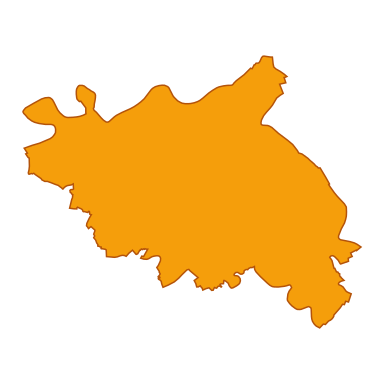 Quynh Phu, Thái Bình, Vietnam
{"feature_id": "81297802B64676269296055", "entity_name": "Quynh Phu", "entity_type": "district", "adm_level": 2, "iso_a3": "VNM", "parent_name": "Vietnam", "parent_adm1": "Thái Bình", "projection": "mercator", "projection_center": [106.356, 20.648], "detail": "fine", "context": "isolated", "style": "filled", "palette": "amber", "viewbox_px": 384, "rotation_deg": 0, "n_neighbors": 0, "source": "geoboundaries", "source_scale": "gbopen_adm2", "svg_char_len": 5907}
<svg xmlns="http://www.w3.org/2000/svg" viewBox="0 0 384 384"><path d="M319.7,327.9L323.2,324.2L323.7,324.1L325.4,324.5L328.5,321.1L330.5,320.1L331.8,319.1L332.8,317.9L333.7,316.5L333.9,315.0L340.2,307.8L342.5,304.3L344.4,304.6L345.6,301.3L348.5,302.0L351.2,293.8L348.0,292.4L346.9,291.8L346.0,291.1L343.1,287.0L341.0,285.6L339.0,284.8L338.6,284.4L338.5,283.4L339.4,282.2L341.5,281.1L344.0,280.4L341.4,277.9L340.9,277.1L340.1,276.6L339.5,274.9L339.8,274.0L338.6,273.2L337.8,272.0L336.5,271.9L334.8,268.3L334.0,268.3L332.0,260.6L330.8,258.7L329.7,257.5L329.7,257.3L330.1,256.7L331.1,255.9L332.6,255.7L333.6,256.0L335.1,257.1L338.2,260.3L340.2,263.7L340.7,264.0L341.2,263.8L348.5,261.3L348.2,258.6L348.3,258.2L352.2,256.5L350.6,253.0L356.3,250.1L356.6,250.6L361.0,247.0L357.1,244.3L354.3,242.9L349.9,241.6L340.7,239.8L339.6,239.2L338.9,238.4L338.5,237.5L338.6,235.7L341.3,228.9L344.5,223.0L345.6,219.5L346.3,216.3L346.4,214.7L346.5,211.9L346.3,207.0L344.4,203.9L337.2,196.2L334.3,192.7L329.9,186.5L328.7,184.6L329.5,184.0L325.8,177.4L320.1,167.9L318.3,168.0L317.4,166.9L315.7,165.8L314.2,164.0L310.0,160.4L307.9,158.3L302.0,154.0L298.7,153.0L297.4,150.6L292.7,144.5L287.4,140.1L278.5,133.4L271.9,127.5L269.4,126.1L267.7,125.5L262.7,125.2L261.6,124.7L261.1,124.1L261.0,122.4L261.5,120.0L263.7,115.6L266.6,112.0L270.3,107.9L272.5,105.1L276.7,98.0L280.4,95.1L283.2,93.4L279.6,84.2L285.8,82.8L284.1,77.5L284.9,77.4L286.9,76.5L284.2,74.2L280.2,71.4L275.8,68.9L273.8,67.0L273.1,63.8L272.4,57.1L270.1,57.0L264.0,56.1L262.8,56.3L261.6,57.6L260.0,61.2L259.0,62.7L258.2,63.1L256.1,63.2L255.8,63.4L255.1,64.6L254.5,64.9L254.1,64.9L252.8,67.5L252.1,68.7L250.6,68.2L244.1,74.7L236.4,80.6L233.9,83.1L233.0,84.4L232.4,84.9L231.2,85.3L227.3,85.4L223.4,85.9L219.0,86.9L216.6,87.9L212.5,90.4L208.8,93.0L202.9,98.1L199.9,100.4L197.6,101.6L194.2,102.8L190.8,103.5L188.6,103.7L185.2,103.7L182.1,103.2L180.2,102.3L177.6,100.8L174.1,97.3L172.9,95.7L168.9,87.8L167.7,86.6L164.6,85.3L162.1,85.2L159.0,85.6L155.3,86.7L152.5,88.4L151.0,89.9L144.3,98.7L140.8,101.9L137.8,104.2L134.1,106.7L130.2,108.8L121.9,112.5L116.5,115.3L114.3,116.9L109.3,121.4L108.0,122.1L106.6,122.1L106.0,121.9L103.5,120.2L101.3,118.0L96.4,112.3L94.2,110.4L93.7,109.6L93.4,108.4L94.1,107.2L94.3,104.0L95.0,100.6L95.4,97.8L95.5,95.3L95.2,94.2L94.6,93.2L93.5,92.2L91.2,91.0L89.3,89.6L87.5,88.6L84.2,86.0L82.2,85.4L79.6,85.4L78.7,85.8L77.6,87.1L76.6,89.1L76.3,91.2L76.3,94.2L76.7,97.9L77.2,99.4L79.3,101.5L79.8,101.6L80.8,101.2L85.8,107.9L85.8,112.4L86.0,113.8L83.3,115.2L80.0,116.3L76.9,116.9L72.9,117.3L68.0,117.5L66.4,117.3L64.6,116.7L62.9,115.5L59.9,112.8L57.7,109.9L53.9,102.2L52.4,99.6L50.4,98.0L48.9,97.5L45.1,97.8L41.5,99.0L33.6,103.3L25.5,108.0L23.4,110.6L23.0,111.6L23.1,112.2L23.8,113.5L25.5,115.2L27.9,118.1L31.7,120.9L34.6,122.3L39.1,123.5L45.5,124.4L50.6,124.4L52.1,124.6L53.7,125.3L54.4,126.1L55.2,127.4L55.6,129.2L55.5,132.6L54.6,134.3L52.6,136.9L50.1,138.7L39.5,143.2L32.3,145.3L24.2,148.2L27.4,153.1L25.7,153.9L27.9,157.2L28.4,157.7L29.2,158.1L29.4,166.3L29.0,169.9L28.3,172.8L28.6,174.0L29.2,174.2L31.6,173.5L32.4,173.9L33.8,173.3L35.3,174.6L41.1,178.6L41.8,179.8L44.8,181.4L47.4,181.4L50.8,182.6L55.6,184.5L58.3,185.4L59.6,186.5L61.6,187.9L62.6,189.0L63.2,188.9L64.2,187.5L65.9,186.3L67.3,185.6L71.4,184.9L73.2,183.9L73.5,189.0L72.8,189.5L70.9,189.6L70.2,190.1L69.9,190.5L70.3,192.5L71.4,193.1L72.2,194.6L72.8,194.7L72.4,198.0L71.8,199.2L69.6,208.2L73.7,208.8L76.8,208.9L76.9,207.8L77.5,207.2L81.5,209.0L82.4,209.8L83.0,211.4L83.4,211.7L84.4,211.6L87.8,212.5L88.5,211.4L89.4,211.5L89.8,214.2L90.2,214.5L91.3,214.7L89.2,218.3L87.1,222.8L86.8,223.6L86.5,225.8L87.4,226.8L88.5,228.6L91.0,226.6L94.8,230.0L94.9,230.8L93.7,234.2L94.7,236.0L93.7,237.7L95.7,240.1L96.7,243.0L97.4,243.8L97.5,244.2L97.9,244.6L97.8,245.7L97.9,246.2L99.1,246.3L100.2,247.0L101.2,247.0L101.3,247.3L101.0,248.3L101.3,248.8L101.9,248.7L105.3,249.3L106.2,249.9L106.5,256.6L114.5,257.3L117.2,256.9L120.5,255.7L122.5,255.3L124.3,255.5L126.2,256.3L128.8,253.3L132.5,250.2L136.0,254.3L136.3,254.4L137.7,253.8L139.8,250.2L140.4,250.3L141.3,249.0L142.7,249.6L143.3,248.9L144.6,249.3L145.0,248.7L145.9,249.1L147.7,249.2L143.6,256.5L141.8,256.1L140.7,258.2L143.7,259.1L146.9,259.3L148.7,258.7L151.8,256.8L153.8,256.2L156.2,255.8L157.9,255.8L158.9,256.0L159.8,256.7L160.3,257.4L160.6,258.5L160.4,260.9L158.3,265.5L156.8,267.5L159.3,271.5L159.2,272.2L160.1,273.7L160.0,274.3L159.3,275.4L158.1,276.7L158.3,277.2L159.0,276.8L159.5,276.9L159.9,277.3L159.8,277.9L158.6,278.3L158.3,278.6L158.6,279.3L160.1,280.1L161.2,281.3L161.7,283.8L163.0,287.3L168.2,285.1L174.3,281.9L178.7,278.2L182.0,274.7L186.7,270.1L187.2,269.8L188.8,269.4L190.0,270.8L198.1,277.6L194.2,280.5L195.8,283.6L196.7,286.9L198.3,286.9L200.3,285.8L201.3,287.3L202.2,288.2L202.8,290.1L206.1,288.6L209.0,287.8L211.7,290.4L213.2,290.2L214.4,287.5L216.0,288.1L216.7,288.1L218.0,286.4L219.0,286.1L220.1,286.2L221.1,287.1L221.6,286.7L220.1,284.9L220.0,284.4L220.8,283.9L223.5,283.7L223.8,280.6L224.0,280.4L225.8,281.2L228.2,283.2L229.2,285.7L230.7,287.7L231.6,288.1L233.0,287.8L236.5,285.9L238.7,284.3L239.7,283.1L240.4,280.8L240.1,278.6L238.5,276.4L237.1,275.8L234.7,275.6L234.2,275.3L234.1,274.4L234.6,273.5L235.9,272.5L237.5,272.4L238.0,272.5L240.4,274.1L242.1,274.1L243.6,273.2L243.9,272.6L244.2,270.7L245.8,269.6L246.2,269.5L247.7,269.7L248.6,268.5L250.9,267.4L251.9,267.7L254.4,266.5L254.5,268.8L255.2,270.5L256.2,272.1L260.3,276.5L267.2,283.0L269.8,285.2L271.5,286.2L272.4,286.6L274.2,286.9L278.2,287.0L284.2,286.3L286.5,285.8L289.3,284.9L290.3,285.2L290.9,286.0L291.6,287.6L291.5,287.9L289.1,291.2L287.9,294.1L287.3,299.0L287.5,300.5L287.9,301.1L289.6,303.5L291.8,305.8L295.4,308.5L297.2,309.4L299.8,309.5L301.2,309.3L308.3,306.6L309.3,306.8L310.3,307.4L310.8,307.8L311.2,309.0L311.5,316.7L311.8,319.0L312.5,321.3L314.1,323.9L315.4,325.3L316.3,326.1L319.7,327.9Z" fill="#f59e0b" stroke="#b45309" stroke-width="1.5"/></svg>